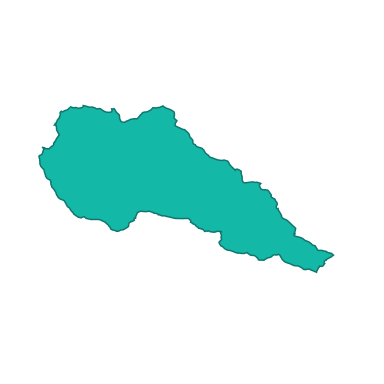 Lesu, Bistrita-Nasaud, Romania, rotated 23°
{"feature_id": "2599482B1126376608356", "entity_name": "Lesu", "entity_type": "district", "adm_level": 2, "iso_a3": "ROU", "parent_name": "Romania", "parent_adm1": "Bistrita-Nasaud", "projection": "robinson", "projection_center": [24.822, 47.307], "detail": "fine", "context": "isolated", "style": "filled", "palette": "teal", "viewbox_px": 384, "rotation_deg": 23, "n_neighbors": 0, "source": "geoboundaries", "source_scale": "gbopen_adm2", "svg_char_len": 6016}
<svg xmlns="http://www.w3.org/2000/svg" viewBox="0 0 384 384"><g transform="rotate(23 192 192)"><path d="M124.8,254.1L127.7,255.1L128.4,255.4L129.0,256.0L130.7,256.6L131.5,257.8L133.6,258.0L136.0,257.5L137.8,257.7L139.0,257.2L140.4,256.0L141.0,255.1L142.2,254.3L143.5,253.6L145.9,250.4L147.0,248.6L146.1,245.3L147.4,243.1L148.0,243.0L149.9,240.7L149.3,240.4L149.2,239.5L149.6,238.8L149.4,238.6L150.3,238.1L149.8,236.7L149.8,232.3L150.1,232.2L150.7,231.2L151.7,230.2L152.7,229.6L157.3,228.1L159.0,227.0L160.2,226.4L163.9,226.1L164.8,226.4L168.1,225.6L169.4,225.7L169.9,226.2L170.7,225.5L171.4,225.8L174.1,225.6L174.8,225.3L175.6,224.7L177.5,224.5L179.2,224.2L180.0,224.0L186.9,222.9L193.4,220.3L199.0,217.7L202.0,218.9L202.4,219.3L202.5,220.4L204.5,220.5L204.7,220.9L207.5,220.9L208.4,221.2L209.3,221.9L210.9,222.1L211.7,222.4L212.1,222.8L214.0,222.4L215.3,222.4L215.6,221.9L217.8,222.6L219.1,223.3L219.7,223.1L220.5,222.3L221.6,222.0L222.5,221.3L223.8,221.4L224.5,221.4L227.7,220.5L228.8,220.0L229.3,219.2L229.8,218.9L230.1,218.9L230.4,218.5L232.3,217.6L234.2,217.0L234.5,217.1L233.8,217.6L233.9,218.1L235.9,220.1L236.2,220.8L236.4,222.2L236.5,222.6L237.8,224.1L237.6,225.0L236.7,226.8L236.6,227.5L236.7,228.1L238.4,229.5L238.9,229.7L239.3,230.2L242.1,230.5L243.8,231.3L245.6,231.6L247.6,231.6L249.1,231.1L251.2,230.8L256.7,230.6L258.3,230.3L259.4,229.7L261.7,229.2L263.8,228.3L264.8,227.6L266.4,226.2L267.2,226.6L270.5,227.3L271.1,227.3L271.4,227.0L274.2,226.2L275.5,226.2L279.1,227.7L279.6,228.5L280.5,228.4L285.0,226.6L285.4,225.7L287.0,223.7L287.2,223.1L289.2,221.9L289.6,221.3L290.2,220.9L291.4,218.4L292.6,217.4L293.8,217.2L295.0,216.7L295.6,215.8L297.0,215.6L297.6,215.8L297.9,216.2L298.6,216.5L299.0,217.1L299.5,217.3L301.5,218.9L303.8,219.8L305.7,220.1L309.8,219.8L310.2,219.7L312.5,219.9L313.4,219.8L314.7,219.9L317.8,218.9L318.5,218.4L320.1,218.7L321.3,218.7L322.7,218.9L324.1,219.4L325.4,219.6L326.2,219.1L326.8,219.2L327.7,218.4L330.1,217.0L331.4,217.3L332.4,217.2L338.0,217.2L337.8,216.3L338.0,213.6L338.0,212.4L338.5,211.2L338.3,210.4L340.0,210.0L341.2,209.2L341.5,208.5L341.7,208.3L341.7,207.3L342.2,206.0L341.4,205.6L341.1,205.1L341.0,203.8L341.6,202.6L342.3,202.2L342.3,201.4L342.7,200.7L343.9,199.4L344.5,198.4L345.0,198.1L346.9,194.8L344.2,194.0L340.1,194.8L339.2,194.2L338.2,194.5L337.4,194.4L336.7,195.0L336.0,194.8L334.4,195.0L332.8,195.6L330.9,196.6L326.1,193.3L324.8,193.7L323.5,193.7L323.1,193.6L322.4,193.1L319.6,192.4L318.3,192.3L314.8,192.4L312.5,191.7L310.7,191.5L308.9,191.6L305.2,192.2L303.0,192.3L302.1,190.4L303.1,190.2L302.8,189.9L302.3,188.7L301.7,185.2L301.5,184.8L298.7,183.9L291.5,181.2L290.0,180.8L286.7,180.8L285.5,180.6L284.4,180.0L283.9,179.5L283.7,178.8L282.6,177.8L278.5,174.8L277.7,173.6L277.3,174.0L276.6,174.1L275.9,173.7L275.1,172.0L275.4,170.4L275.2,169.7L274.5,168.7L272.3,167.4L271.7,166.7L271.1,166.2L270.4,166.0L269.8,166.2L268.1,165.8L267.4,165.9L266.6,165.4L266.3,164.1L265.8,163.5L264.7,162.9L263.6,162.1L262.0,161.1L261.1,160.8L260.2,160.9L258.4,161.3L257.5,162.0L256.4,162.3L254.0,162.2L252.3,160.6L251.3,159.4L252.0,157.3L250.4,157.3L247.7,157.7L247.0,158.3L243.8,159.0L237.2,162.9L236.5,163.1L235.7,163.0L234.7,162.8L234.5,162.3L233.3,161.2L232.3,158.5L229.9,155.7L229.2,153.7L226.4,153.2L224.7,153.3L223.5,154.0L223.4,155.1L217.9,153.0L215.2,151.5L214.5,150.7L212.8,149.6L211.3,149.9L210.4,149.8L209.0,150.1L207.4,151.2L204.9,152.0L202.9,152.4L200.2,152.6L198.2,152.6L195.1,152.9L194.3,152.7L192.5,151.7L190.8,151.4L189.2,150.9L187.4,149.6L186.5,148.8L184.1,147.9L182.1,148.0L179.5,148.4L177.8,148.1L176.5,147.2L175.0,147.2L174.0,146.8L173.8,146.6L173.1,145.5L172.7,144.4L172.0,143.7L168.9,142.3L168.1,141.7L167.2,140.3L166.2,139.6L164.6,138.8L162.7,138.2L161.7,137.7L160.6,137.5L158.9,138.0L158.2,137.9L153.3,137.8L150.7,137.6L150.2,136.8L149.8,135.4L150.3,132.4L149.3,131.9L149.0,131.9L147.1,131.2L146.2,130.4L145.9,128.4L145.3,126.9L144.4,125.5L143.7,125.2L140.7,124.7L139.4,124.6L135.2,124.9L132.2,124.4L131.6,124.5L131.1,124.8L131.1,124.7L129.6,126.3L128.9,126.9L127.0,128.0L126.0,128.8L123.8,129.4L123.0,129.8L122.2,132.3L120.0,135.2L118.6,136.2L116.9,137.1L115.4,138.3L115.3,139.3L114.5,141.0L113.1,145.7L112.4,146.3L110.3,147.1L107.1,149.1L104.7,151.9L103.9,152.4L103.1,153.7L102.4,154.3L99.9,155.0L99.1,154.8L98.0,153.9L96.6,152.6L95.8,150.8L94.7,149.3L91.6,148.3L90.4,147.6L89.5,146.7L87.5,145.7L87.1,146.3L85.6,146.9L86.4,148.1L86.7,149.0L86.7,149.4L86.3,149.9L85.4,150.6L83.2,151.6L81.5,152.0L79.4,152.0L74.8,151.2L73.5,151.7L71.8,152.8L69.7,152.5L66.9,152.8L65.6,153.5L63.6,154.2L60.6,154.4L58.1,154.9L58.3,155.5L58.3,156.6L58.0,157.1L56.3,158.4L54.8,159.2L54.0,159.5L51.9,159.6L50.4,160.6L49.5,160.9L47.1,161.0L45.5,164.3L45.2,165.1L43.4,166.5L42.1,168.0L41.9,168.4L41.1,169.1L40.6,169.1L40.0,168.8L39.6,170.0L39.7,171.0L40.4,171.9L40.8,172.9L40.5,174.1L41.1,175.4L40.5,176.2L40.2,177.7L40.0,178.1L40.0,181.3L40.1,182.0L39.4,182.2L39.5,183.1L39.2,184.1L40.7,183.6L41.1,184.5L41.6,184.7L42.1,185.6L43.1,187.8L44.2,188.7L44.7,188.9L46.1,190.3L47.5,191.3L47.1,192.8L46.9,194.0L46.4,196.1L46.4,198.5L46.0,199.0L46.0,200.4L45.5,201.0L46.0,201.8L46.1,202.9L45.4,204.6L45.0,204.7L44.5,206.1L44.1,206.3L44.0,206.7L44.0,207.4L43.2,208.4L42.0,208.5L41.2,209.2L40.6,209.3L38.9,208.9L38.6,209.0L38.2,209.3L37.3,209.1L37.1,209.4L37.7,209.8L39.0,210.5L38.8,212.3L39.2,213.8L39.0,216.2L38.4,217.0L37.3,218.1L37.2,219.1L39.1,221.5L39.5,222.5L40.3,223.7L40.9,225.4L42.3,226.9L42.6,227.3L45.9,228.9L46.7,229.1L47.2,229.5L48.4,231.4L49.2,232.1L51.3,234.8L53.4,236.2L55.0,236.4L57.0,236.4L57.2,236.9L57.8,237.4L59.4,240.4L59.8,240.6L61.2,242.3L62.2,242.6L62.9,243.1L64.1,243.4L64.6,244.1L66.6,245.3L67.9,246.9L69.0,247.9L71.0,249.2L71.1,249.4L73.6,250.0L76.4,249.8L78.1,250.1L82.7,253.8L83.4,254.2L85.6,254.6L87.7,256.3L89.0,256.9L90.7,257.6L91.9,258.6L97.1,259.6L100.1,259.1L100.8,258.2L102.2,256.8L105.0,257.7L107.6,257.1L109.7,256.8L115.9,254.1L118.3,253.4L121.6,253.7L122.6,253.5L124.8,254.1Z" fill="#14b8a6" stroke="#0f766e" stroke-width="1.5"/></g></svg>